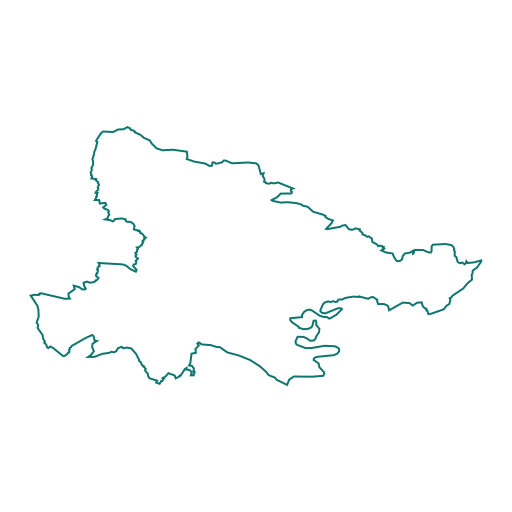 outline of Skedsmo nor, Akershus, Norway
{"feature_id": "86288312B89021281635202", "entity_name": "Skedsmo nor", "entity_type": "district", "adm_level": 2, "iso_a3": "NOR", "parent_name": "Norway", "parent_adm1": "Akershus", "projection": "robinson", "projection_center": [11.011, 59.991], "detail": "fine", "context": "isolated", "style": "outline", "palette": "teal", "viewbox_px": 512, "rotation_deg": 0, "n_neighbors": 0, "source": "geoboundaries", "source_scale": "gbopen_adm2", "svg_char_len": 6013}
<svg xmlns="http://www.w3.org/2000/svg" viewBox="0 0 512 512"><path d="M287.1,384.9L289.2,379.6L293.8,376.5L312.2,376.7L323.2,375.8L324.3,373.8L324.0,372.2L319.3,367.1L318.6,363.4L313.6,359.9L313.9,358.5L315.7,357.2L318.3,356.7L333.7,355.2L337.2,353.7L339.2,351.2L339.0,348.8L338.5,348.1L335.2,346.3L324.5,345.8L311.5,348.0L305.6,348.1L297.0,344.8L295.9,343.6L295.5,341.4L297.6,336.8L303.5,336.9L307.4,338.7L310.1,340.8L313.9,340.4L315.5,338.7L315.9,337.0L319.0,332.3L319.4,328.9L316.1,324.7L316.4,322.3L315.7,320.5L313.6,320.7L312.4,325.8L311.3,327.4L308.2,328.8L303.6,329.2L298.9,327.8L298.8,326.9L291.9,322.2L290.1,319.8L290.4,318.2L302.1,317.1L302.0,315.1L304.0,312.0L306.4,310.3L309.2,309.6L311.5,310.2L319.7,315.7L323.4,316.9L327.1,317.1L329.2,318.6L330.3,318.3L336.4,314.7L341.9,309.2L341.8,308.7L339.5,308.1L337.3,308.5L325.2,313.4L321.8,312.7L320.4,311.3L320.4,310.2L322.9,304.4L324.6,302.6L328.0,301.4L330.7,302.0L333.3,301.2L335.8,302.1L337.5,301.5L337.7,300.3L339.2,299.4L341.8,299.6L345.5,297.9L353.1,296.6L358.7,297.0L358.9,296.4L368.2,298.8L370.3,297.5L373.0,297.0L377.3,299.8L377.1,300.9L378.1,304.1L383.9,304.0L387.5,305.6L388.2,306.4L389.1,310.3L402.8,302.6L409.6,303.1L412.7,305.6L417.1,302.7L421.7,302.4L422.8,306.3L425.2,308.6L426.2,308.5L426.7,309.4L426.4,310.5L427.5,311.0L428.4,314.1L431.3,313.7L443.7,309.3L446.6,305.7L449.3,304.0L450.4,299.9L449.7,298.3L451.3,297.5L452.6,295.6L463.2,288.5L467.6,283.2L472.0,279.6L471.7,274.9L472.6,273.0L472.7,270.7L477.1,267.4L481.3,261.4L481.2,260.4L473.9,262.4L467.7,263.0L466.4,261.3L465.9,263.2L464.5,264.3L462.4,262.5L460.2,263.2L458.4,262.5L457.4,261.3L456.4,257.2L454.7,255.8L454.8,251.4L453.9,250.2L454.3,249.0L453.3,246.8L451.5,245.1L445.2,244.0L432.8,244.7L431.6,246.5L431.6,251.0L430.9,252.5L428.5,252.4L423.0,250.0L414.7,249.9L413.5,253.5L412.9,253.8L412.6,251.0L409.6,252.7L404.9,253.5L402.8,255.9L402.2,258.9L401.2,260.2L399.0,261.2L396.6,260.9L394.2,257.4L392.6,253.5L386.1,252.5L381.3,250.4L384.1,248.7L382.9,247.9L383.8,247.0L380.9,245.7L378.1,246.1L377.2,244.6L372.3,241.9L371.9,238.5L368.8,236.4L367.1,236.8L365.1,235.3L362.5,234.4L362.3,232.7L359.7,230.7L359.9,229.3L355.4,228.4L352.6,229.8L349.0,229.3L345.4,225.0L341.7,225.8L340.7,226.7L327.2,229.2L326.1,228.9L331.5,223.2L332.9,220.5L328.0,218.8L325.3,216.7L325.6,216.0L323.2,214.7L313.2,211.8L308.5,207.5L306.6,206.4L303.2,205.9L301.5,204.6L296.5,203.1L287.4,202.2L280.7,202.6L272.4,200.8L271.6,200.1L277.0,197.3L280.7,193.6L291.2,193.5L292.0,192.0L290.7,190.7L290.9,189.4L293.0,188.5L278.1,182.5L273.8,183.4L270.9,182.8L269.4,183.7L265.8,183.2L265.5,182.2L264.0,181.6L264.6,179.8L264.4,178.8L262.7,176.0L263.6,173.2L260.8,174.1L258.5,165.3L256.3,163.4L248.2,162.5L232.0,163.3L225.7,160.6L223.8,160.5L222.0,162.4L217.0,163.6L215.8,163.7L214.5,162.5L212.9,162.3L212.2,163.3L212.3,164.6L211.7,165.9L209.3,165.9L205.4,163.6L194.3,161.6L186.7,159.0L187.4,157.0L186.9,151.7L172.9,149.7L162.5,150.3L156.5,148.3L151.7,143.5L149.9,140.5L144.0,137.9L140.2,134.7L134.8,132.3L135.0,131.7L133.2,130.4L130.7,129.9L130.3,128.5L127.4,127.1L123.7,129.2L118.0,129.5L113.1,132.0L103.1,131.5L101.1,133.1L96.3,140.3L96.1,141.1L97.3,141.9L95.5,149.2L94.3,151.8L94.0,154.6L93.2,156.1L93.3,157.3L92.4,159.0L93.1,161.4L93.1,164.7L91.4,168.1L91.9,169.9L90.7,172.7L90.8,173.7L91.5,174.4L91.1,175.4L92.2,176.3L91.4,178.5L96.1,179.0L95.7,180.2L97.9,181.8L97.8,183.0L99.0,184.5L97.7,187.6L98.3,188.3L98.2,189.6L95.6,192.4L95.7,193.0L97.4,193.0L96.8,194.5L97.0,195.7L96.2,196.6L96.6,197.0L94.8,200.0L99.2,200.1L99.8,203.5L105.4,202.9L106.3,204.8L103.2,207.4L104.2,208.5L108.2,210.1L108.9,211.4L108.1,212.3L109.3,214.7L108.1,216.3L107.6,218.3L105.2,219.4L110.4,220.2L112.8,221.4L113.6,221.1L115.0,219.0L122.0,218.5L125.6,219.3L125.5,220.4L126.7,221.7L130.5,221.9L132.9,223.4L134.6,225.7L133.8,229.4L138.9,230.6L138.5,231.1L139.9,231.4L140.2,233.0L141.8,233.4L144.2,236.1L144.7,236.8L144.4,237.3L145.3,237.6L144.7,237.9L145.1,238.5L144.2,238.9L143.7,240.5L142.7,240.6L142.4,241.4L143.2,242.5L141.8,244.2L142.0,244.8L139.0,247.1L136.9,247.5L138.0,249.0L137.0,250.1L137.1,251.6L135.3,253.1L136.5,254.5L135.4,256.0L135.7,256.8L138.0,258.6L135.7,260.9L136.3,262.3L135.7,264.0L133.8,264.5L133.0,265.9L136.6,269.9L135.8,271.7L130.4,269.1L126.2,265.7L122.7,264.4L98.7,263.0L99.5,264.2L99.1,265.3L99.6,266.0L97.7,267.3L97.7,268.9L97.1,269.4L97.9,270.0L97.8,271.8L96.9,272.8L97.2,273.6L96.0,274.5L96.2,276.2L98.5,277.9L98.2,278.6L96.4,280.5L95.5,280.4L94.8,281.7L92.9,282.3L89.8,282.7L87.2,281.6L83.6,282.7L84.1,285.9L85.8,288.6L84.8,289.5L82.1,289.3L79.1,287.1L73.7,285.7L74.7,289.1L68.4,293.6L68.8,297.0L69.8,298.6L64.9,298.8L40.8,293.2L39.2,293.8L39.5,294.6L38.5,295.0L34.5,294.8L30.7,295.6L37.4,305.7L38.4,309.9L38.7,316.6L36.6,322.7L37.6,323.7L38.2,325.9L37.6,327.9L42.6,335.1L43.2,338.8L44.9,341.6L44.2,342.7L46.2,344.5L47.1,347.4L48.3,348.1L50.2,346.5L53.1,348.0L63.2,356.1L64.4,356.0L67.1,354.2L68.2,352.5L69.0,352.5L69.5,351.1L69.0,349.8L69.8,349.0L69.8,347.8L71.1,347.2L71.6,346.0L85.6,338.0L92.2,335.0L93.6,336.2L94.6,340.6L96.8,341.0L92.6,343.7L92.1,347.1L93.9,351.1L90.9,355.1L88.2,357.0L94.6,356.8L102.4,353.8L109.6,352.8L111.1,351.8L114.1,352.3L116.3,351.1L117.9,348.2L121.6,346.8L123.0,348.2L127.0,347.6L131.3,348.4L135.9,353.7L139.1,359.7L139.0,360.7L141.1,362.5L141.6,364.6L143.6,366.1L143.2,366.3L145.7,368.8L145.0,370.4L147.7,373.6L148.2,376.4L149.5,378.3L157.1,380.6L156.2,382.6L159.6,383.8L161.2,381.0L162.2,381.0L163.9,378.5L162.8,378.1L165.7,376.3L168.4,373.2L174.6,375.4L175.7,378.3L178.7,376.9L180.0,375.4L180.6,375.7L184.9,369.0L186.5,368.0L186.4,369.6L189.2,369.8L191.8,372.0L190.8,375.3L193.7,375.3L193.7,373.6L194.4,373.1L194.6,371.6L193.5,371.1L193.9,368.4L191.8,365.8L189.1,365.5L190.3,363.2L191.5,353.7L195.9,352.7L195.4,349.1L198.8,345.4L197.3,343.6L198.4,342.5L199.4,342.6L201.5,344.4L210.7,345.1L216.7,347.0L219.8,347.1L227.3,352.4L238.9,355.5L250.3,360.1L259.9,366.3L266.2,371.9L268.7,375.2L275.0,377.6L276.4,379.6L287.1,384.9Z" fill="none" stroke="#0f766e" stroke-width="2"/></svg>